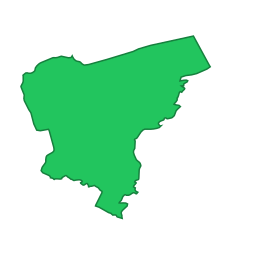 the Department of Cavally, rotated 256°
{"feature_id": "CIV-3459", "entity_name": "Cavally", "entity_type": "Department", "adm_level": 1, "iso_a3": "CIV", "parent_name": "Ivory Coast", "parent_adm1": "", "projection": "equal_earth", "projection_center": [-7.856, 6.298], "detail": "fine", "context": "isolated", "style": "filled", "palette": "green", "viewbox_px": 256, "rotation_deg": 256, "n_neighbors": 0, "source": "natural_earth", "source_scale": "10m", "svg_char_len": 3384}
<svg xmlns="http://www.w3.org/2000/svg" viewBox="0 0 256 256"><g transform="rotate(256 128 128)"><path d="M49.2,91.0L50.6,88.7L58.2,80.7L60.2,77.6L60.9,78.0L71.2,86.8L72.2,87.3L72.9,87.4L74.1,86.2L74.9,85.7L76.3,85.1L77.0,84.9L79.5,82.2L80.3,81.7L80.4,80.8L80.3,80.2L80.3,79.4L80.3,78.6L80.5,77.7L80.5,76.9L80.3,75.8L80.5,75.5L81.6,75.7L82.2,75.6L82.7,75.4L83.7,75.2L84.1,74.8L84.1,73.8L83.4,71.9L83.3,71.3L83.6,70.5L85.7,68.8L86.3,68.7L86.6,69.2L86.6,69.8L86.8,70.3L87.2,70.6L87.8,70.5L88.5,70.0L89.3,68.9L89.7,67.3L90.1,64.5L90.1,63.1L90.3,62.5L91.6,61.3L92.1,60.2L92.7,59.8L94.0,58.8L94.9,57.8L95.8,57.2L96.4,56.9L96.8,56.5L96.9,55.6L95.9,52.2L95.6,51.7L95.3,51.6L94.9,51.5L94.8,51.0L94.8,50.3L95.0,49.4L95.8,47.0L96.3,45.1L95.9,44.2L96.1,43.7L96.9,43.3L97.4,42.8L97.9,41.9L98.2,41.2L98.5,40.7L99.0,40.9L99.9,40.7L101.1,39.8L105.2,34.5L107.6,33.4L110.3,35.0L110.8,35.4L111.6,36.3L113.8,39.0L114.7,39.8L115.5,40.2L117.0,40.5L119.5,41.5L120.3,42.1L120.8,42.7L121.3,44.0L122.5,48.5L122.9,49.4L123.9,50.7L125.4,51.1L127.1,51.3L144.6,50.9L146.0,50.5L146.5,43.2L146.6,42.2L148.0,38.9L154.7,37.6L165.7,37.5L166.8,37.3L169.8,36.2L179.6,34.0L181.0,34.1L181.7,34.1L185.2,35.3L193.2,34.2L194.3,34.2L194.8,34.6L197.4,36.9L198.9,37.7L203.9,38.9L204.6,38.9L206.1,42.0L205.9,43.5L205.5,44.2L205.1,45.0L204.7,46.6L204.7,47.7L204.9,48.8L205.3,50.0L205.7,50.8L206.1,51.4L206.6,51.7L208.7,52.7L209.4,53.5L210.2,54.4L211.5,56.6L212.1,58.0L212.5,59.7L214.3,71.7L214.3,72.6L214.1,73.3L213.9,74.0L213.7,74.7L213.5,76.6L213.8,80.6L210.5,87.3L210.2,89.7L210.5,90.3L211.5,91.3L210.6,91.4L207.8,92.3L207.3,92.6L205.7,93.9L205.4,94.2L204.1,96.9L203.7,97.4L203.3,97.8L202.8,98.1L202.4,98.3L201.7,98.7L200.8,99.4L199.6,100.8L199.1,105.2L199.6,123.8L201.0,151.5L202.2,157.5L202.7,170.1L201.4,213.7L169.4,222.0L167.5,222.6L166.1,218.9L164.2,207.8L164.2,202.6L164.9,196.7L164.5,191.8L161.1,189.8L160.8,194.0L160.3,196.3L159.4,197.4L158.4,196.5L157.9,194.6L157.2,192.7L155.6,192.3L155.9,189.9L155.2,190.4L153.9,191.8L152.7,192.6L151.9,192.1L150.5,189.7L149.7,188.8L150.6,187.4L150.0,186.4L147.8,185.1L147.5,185.0L145.3,183.4L145.2,182.9L143.3,182.5L141.8,180.9L140.6,179.1L139.9,178.4L138.8,180.2L137.6,183.0L136.1,184.0L134.2,180.5L133.0,178.8L128.8,175.9L127.5,173.6L127.3,172.6L127.4,168.6L127.7,167.9L128.6,167.2L128.8,166.5L128.6,165.6L128.1,165.2L127.5,165.0L127.2,164.5L126.8,161.3L126.4,160.0L125.4,158.7L124.4,158.6L123.1,159.1L122.1,159.8L122.1,160.5L120.9,158.5L120.7,155.7L120.9,152.5L121.4,149.5L122.8,144.1L122.5,142.2L120.9,139.5L116.3,134.5L115.9,133.8L115.6,132.1L115.4,131.7L114.8,131.4L114.3,131.6L113.8,131.8L113.3,131.7L106.5,129.6L104.8,128.0L103.0,127.4L100.2,127.5L95.3,128.4L94.1,129.1L91.7,130.9L90.3,131.3L88.6,131.4L87.7,131.0L87.0,130.3L85.9,129.4L84.6,128.7L76.5,126.3L75.6,125.8L75.4,125.2L75.4,124.3L75.3,123.1L74.8,122.0L74.0,121.4L73.6,121.8L73.2,122.5L72.7,122.6L71.6,121.2L70.6,119.7L69.5,119.1L68.1,120.6L67.0,120.0L65.7,119.9L64.5,120.6L63.3,122.0L62.1,120.4L62.5,119.5L63.4,118.8L63.9,117.5L63.7,116.4L62.8,113.8L62.6,112.5L63.1,110.2L63.9,109.3L64.0,108.5L62.7,106.4L59.4,104.0L58.2,101.9L57.5,101.3L57.0,102.5L56.5,105.1L55.7,107.7L54.4,109.2L52.5,108.3L49.4,102.7L48.2,101.3L47.0,100.8L44.5,100.9L43.4,100.6L41.7,100.5L44.3,96.1L44.7,95.8L46.0,95.5L46.5,95.1L46.7,94.5L47.2,92.6L47.1,92.3L48.9,91.0L49.2,91.0Z" fill="#22c55e" stroke="#15803d" stroke-width="1.5"/></g></svg>